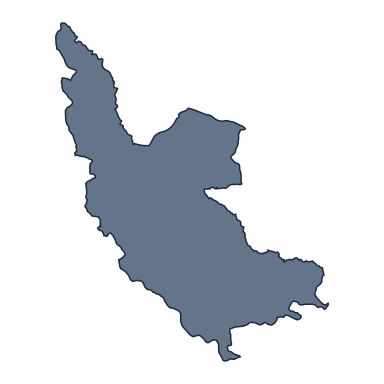 Sacramento, Minas Gerais, Brazil
{"feature_id": "56859067B64551468531764", "entity_name": "Sacramento", "entity_type": "district", "adm_level": 2, "iso_a3": "BRA", "parent_name": "Brazil", "parent_adm1": "Minas Gerais", "projection": "natural_earth1", "projection_center": [-47.253, -19.856], "detail": "fine", "context": "isolated", "style": "filled", "palette": "slate", "viewbox_px": 384, "rotation_deg": 0, "n_neighbors": 0, "source": "geoboundaries", "source_scale": "gbopen_adm2", "svg_char_len": 5925}
<svg xmlns="http://www.w3.org/2000/svg" viewBox="0 0 384 384"><path d="M188.3,108.2L185.9,110.7L181.6,112.1L179.5,113.4L178.6,114.6L179.2,116.7L178.1,117.9L176.7,118.7L174.2,123.3L171.5,126.7L168.6,129.1L165.4,131.0L159.5,132.7L155.6,135.1L154.4,136.3L149.3,145.5L147.5,145.7L141.7,145.4L134.5,143.7L133.2,144.5L132.5,140.8L131.8,139.6L131.5,137.8L131.9,136.2L130.7,135.4L129.4,135.2L127.1,133.4L126.3,131.3L123.6,128.8L123.1,127.3L123.3,125.9L122.3,125.2L120.9,124.9L120.0,123.9L121.6,121.0L120.3,120.1L119.5,118.4L118.5,117.1L116.6,111.8L115.0,108.9L116.8,107.9L117.6,106.3L116.9,104.9L115.7,104.2L115.5,102.7L116.2,98.7L114.9,95.5L114.9,94.3L117.6,88.7L116.7,88.0L115.1,88.0L113.8,87.1L113.8,85.0L114.4,82.1L113.7,81.0L112.7,81.0L112.7,78.2L111.2,75.9L109.8,72.7L108.5,71.4L105.1,69.7L104.5,68.8L103.5,68.3L102.4,66.2L102.2,64.6L102.8,59.7L101.6,58.5L99.9,59.3L98.6,59.3L96.0,54.3L94.8,54.0L92.1,54.6L92.6,51.0L88.7,50.4L85.3,45.6L83.2,44.9L82.0,43.9L81.2,42.3L79.9,41.5L78.3,41.2L76.6,42.7L75.3,41.8L74.7,40.3L76.8,38.0L77.3,36.7L75.8,36.2L74.9,35.2L74.3,33.3L73.0,32.4L70.6,29.2L70.3,27.8L69.4,26.7L68.3,26.5L65.2,23.5L63.9,23.0L61.6,23.1L60.6,24.4L61.0,26.0L61.0,29.5L57.8,31.6L56.0,35.4L55.8,38.7L56.2,45.0L56.7,46.6L56.7,48.8L59.8,50.9L60.5,52.7L64.3,59.2L65.3,62.5L67.0,65.7L67.9,66.8L70.0,68.1L74.6,69.7L75.7,70.3L76.4,71.2L76.3,72.4L72.9,75.7L70.6,80.3L68.3,79.0L63.0,77.8L62.1,78.3L61.6,80.8L61.4,82.1L62.0,84.9L62.1,87.9L63.1,90.9L66.5,94.1L68.3,97.1L72.0,100.9L72.6,102.3L72.4,103.6L70.6,105.8L67.4,107.5L65.4,110.7L65.7,119.5L66.1,121.6L66.9,124.3L68.1,125.6L68.8,127.1L68.9,129.4L69.4,130.7L72.8,135.3L75.2,142.5L76.5,145.1L76.0,146.2L76.1,147.8L76.6,149.4L76.5,151.0L74.8,153.0L75.4,155.5L76.4,155.1L82.5,156.7L83.8,156.3L85.9,157.5L87.5,157.9L90.1,159.4L91.8,159.9L92.3,161.4L91.8,162.4L90.9,162.8L90.3,163.7L89.8,166.1L89.9,172.0L90.3,173.8L93.6,174.2L94.6,175.2L95.4,176.9L94.8,178.1L92.6,178.6L90.6,180.1L87.6,181.6L86.6,182.4L85.8,183.7L86.7,191.0L86.6,194.1L85.8,197.2L86.2,198.4L87.2,199.5L86.3,203.7L85.0,205.6L85.1,206.9L86.8,208.9L87.3,211.4L90.2,213.5L92.0,216.0L98.4,216.8L100.0,219.6L100.4,221.1L100.1,222.7L100.6,224.2L99.9,225.1L100.6,226.7L98.5,227.1L97.7,228.2L98.3,229.5L99.6,230.4L102.2,231.0L102.7,232.7L103.7,233.9L103.8,235.7L107.2,236.2L108.5,233.9L109.7,233.1L110.8,233.3L112.4,235.0L113.9,237.3L115.3,239.9L116.0,242.4L116.8,243.7L117.7,244.8L120.9,247.3L121.7,249.4L123.6,251.2L125.0,253.5L125.1,254.9L122.0,258.1L118.7,259.9L120.1,267.6L120.6,268.5L124.6,271.0L127.4,273.8L128.9,276.1L130.7,279.9L131.8,280.9L132.9,281.3L136.6,280.4L141.5,281.2L142.8,282.2L145.0,287.1L147.1,289.3L148.1,289.7L150.8,289.8L152.9,292.1L155.3,292.9L156.4,293.9L158.8,294.3L161.1,296.3L163.5,297.6L164.4,300.3L167.7,305.7L168.8,306.8L170.2,307.8L173.4,308.3L179.2,311.2L180.8,313.7L180.7,321.0L181.7,324.7L182.9,326.8L185.0,329.2L189.7,334.5L191.7,335.9L193.0,336.7L198.0,335.3L200.2,335.6L203.7,338.7L205.8,341.8L206.8,342.5L208.2,342.7L212.1,340.5L214.4,339.8L215.7,340.0L216.7,340.8L218.6,344.5L218.7,351.4L219.2,352.8L221.4,356.7L223.0,360.2L224.2,361.0L227.2,360.6L230.2,358.9L234.3,359.3L239.1,357.0L240.2,356.8L239.5,355.9L233.9,353.9L231.3,351.9L229.0,351.3L228.0,350.1L227.4,347.3L228.2,345.6L231.0,345.3L231.5,344.0L230.7,339.6L230.7,334.6L229.8,332.4L229.8,329.0L235.4,327.0L243.0,326.2L246.8,324.9L250.4,322.3L255.0,322.7L259.4,324.8L262.5,324.2L263.4,323.2L265.7,322.4L267.8,324.3L271.5,325.1L274.3,323.4L275.3,322.2L276.7,320.1L277.1,318.9L276.9,317.7L281.1,316.7L283.0,317.3L284.3,316.8L284.8,315.3L287.7,315.3L296.1,319.4L297.5,319.8L298.6,319.5L300.6,318.2L301.2,317.0L300.9,315.6L299.4,314.8L297.3,312.7L295.2,312.8L293.0,311.2L290.2,310.9L289.2,309.7L288.8,308.2L289.2,307.0L292.3,301.7L293.5,301.2L297.2,301.9L299.0,304.2L300.1,304.8L302.1,304.9L305.0,304.3L312.5,304.2L315.3,305.0L317.4,307.1L318.7,307.4L319.9,306.9L322.1,307.0L323.0,307.5L324.2,309.4L325.2,309.0L328.2,305.1L328.2,303.4L327.0,303.8L326.1,304.7L324.7,304.8L323.4,304.3L320.7,302.3L319.2,300.2L317.0,298.3L314.9,294.4L315.1,292.0L316.3,289.5L316.2,288.2L316.7,286.8L317.5,285.9L318.7,285.6L321.4,282.6L321.8,281.1L321.7,279.6L322.7,276.0L324.0,275.0L322.3,267.7L319.9,267.2L319.4,266.2L316.7,265.1L315.8,263.8L313.3,262.2L312.8,261.0L309.2,261.8L307.2,261.6L305.9,260.7L304.7,262.0L303.0,261.9L302.0,261.0L301.4,259.6L300.0,259.5L298.8,260.3L297.9,258.7L296.8,257.9L295.4,257.9L292.1,259.8L290.8,259.9L289.6,259.3L288.1,260.0L286.9,260.0L284.3,262.2L283.7,261.2L284.2,259.7L281.9,259.6L281.4,258.2L280.1,257.8L278.6,255.8L279.3,254.4L278.4,252.8L277.5,252.1L275.4,252.7L274.0,251.8L270.3,251.0L268.0,250.1L268.1,251.2L267.4,252.1L266.4,252.1L265.7,252.9L264.5,252.6L262.8,253.6L259.9,253.4L257.6,252.4L256.8,251.1L254.2,250.8L251.4,248.9L250.4,246.6L248.3,245.6L246.2,241.8L245.7,238.9L244.9,237.8L245.3,235.4L244.8,234.4L244.9,233.3L244.2,232.4L243.1,231.7L243.7,227.0L242.6,226.9L240.7,225.2L240.8,222.2L240.1,221.2L237.1,219.6L235.9,216.2L235.7,214.3L233.1,214.8L232.1,213.1L230.7,212.8L230.1,211.7L227.7,210.5L226.1,208.2L225.2,207.5L224.7,206.2L222.6,205.4L222.1,204.5L219.5,204.1L217.9,202.5L215.3,200.6L213.6,200.3L212.8,199.1L211.8,198.9L210.9,198.0L209.6,197.9L208.8,198.7L206.2,194.6L204.6,194.0L204.9,192.3L204.0,190.9L204.4,189.8L205.4,188.8L206.5,189.2L208.6,188.7L209.7,189.0L210.9,187.8L212.3,187.1L215.9,189.0L216.6,187.7L217.5,188.8L218.6,188.4L221.9,188.4L223.1,187.7L225.9,188.4L230.2,184.8L232.6,184.3L233.5,184.7L235.8,184.2L240.1,184.6L241.8,183.8L241.1,182.6L241.1,174.2L239.7,169.5L239.7,166.7L239.3,165.3L238.6,164.0L234.5,162.2L231.0,158.1L230.7,156.7L234.9,152.9L235.8,150.0L235.8,148.8L237.5,146.0L238.2,143.0L238.2,140.0L238.7,138.5L238.5,134.7L240.5,130.0L244.4,129.6L245.3,128.7L244.3,127.5L242.7,126.4L233.5,122.1L226.5,120.6L221.7,121.3L217.8,120.4L215.0,118.9L211.1,115.8L207.9,114.7L206.3,114.7L193.8,109.8L188.3,108.2Z" fill="#64748b" stroke="#1e293b" stroke-width="1.5"/></svg>